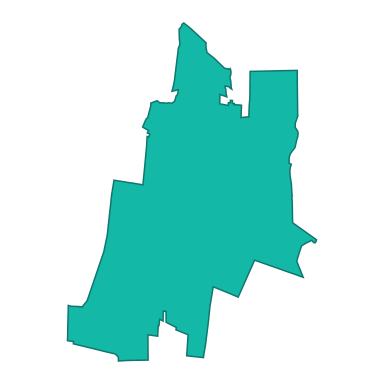 the district of Muna, Yucatán, Mexico
{"feature_id": "50627088B11927657665908", "entity_name": "Muna", "entity_type": "district", "adm_level": 2, "iso_a3": "MEX", "parent_name": "Mexico", "parent_adm1": "Yucatán", "projection": "equal_earth", "projection_center": [-89.733, 20.466], "detail": "fine", "context": "isolated", "style": "filled", "palette": "teal", "viewbox_px": 384, "rotation_deg": 0, "n_neighbors": 0, "source": "geoboundaries", "source_scale": "gbopen_adm2", "svg_char_len": 3198}
<svg xmlns="http://www.w3.org/2000/svg" viewBox="0 0 384 384"><path d="M205.5,345.0L205.5,344.9L208.3,322.5L209.9,306.7L213.2,286.9L215.1,287.6L225.3,291.7L238.2,297.1L254.6,260.2L288.5,272.1L303.2,277.3L296.8,261.4L297.1,259.8L299.2,252.9L301.6,245.8L305.9,243.2L311.7,240.4L313.1,241.9L314.1,242.8L315.4,242.6L316.3,240.8L316.4,240.3L316.5,239.8L292.7,222.8L292.6,222.6L292.6,222.4L292.3,204.1L292.3,203.6L291.9,196.6L292.3,195.8L292.0,194.7L291.4,184.1L290.1,175.8L289.9,170.3L290.2,168.0L291.3,164.2L289.0,163.2L289.2,160.3L289.1,158.8L289.5,156.3L289.8,155.1L290.8,153.2L292.2,151.1L294.8,147.9L295.2,146.7L296.7,140.0L297.3,138.1L297.7,136.6L297.9,135.6L298.1,133.6L297.8,131.4L297.1,130.2L295.1,127.2L295.3,125.6L295.3,125.0L295.2,123.8L295.2,123.5L297.9,115.7L297.7,115.6L297.4,90.6L297.2,70.4L280.7,70.7L269.5,71.0L267.7,71.0L255.1,71.3L250.1,71.4L249.9,94.7L249.8,98.1L249.3,104.6L249.1,107.5L249.1,109.4L249.0,110.7L249.0,111.4L249.0,112.7L248.9,114.3L248.9,115.6L248.8,116.8L241.0,117.5L241.5,105.3L241.5,105.2L238.1,104.9L236.1,104.8L234.3,104.7L234.4,103.6L232.4,103.4L232.5,100.5L230.4,100.3L230.3,102.8L228.4,102.6L228.3,105.3L226.3,105.1L226.2,105.1L225.9,105.0L223.9,104.6L219.7,103.8L219.9,98.4L219.8,94.5L225.3,96.3L225.5,96.3L226.8,96.9L226.0,93.0L225.9,90.3L225.7,89.1L224.9,86.2L225.4,86.1L226.2,86.2L229.1,86.9L230.4,88.3L231.7,89.1L231.3,88.0L231.2,87.3L231.0,84.0L230.7,80.8L229.8,76.9L230.5,75.9L231.0,73.2L230.9,71.4L230.8,70.5L230.2,68.6L229.5,69.3L228.4,68.9L225.5,68.5L224.6,68.2L224.0,67.8L223.7,67.5L223.4,67.2L223.2,67.0L213.9,58.0L207.0,52.6L206.9,52.2L206.8,51.3L206.1,48.0L206.1,47.5L205.9,44.7L206.2,43.0L205.3,42.1L190.9,28.7L189.1,27.2L183.8,23.0L182.3,24.0L182.0,24.4L181.6,26.0L181.0,26.9L180.7,27.6L179.1,29.1L179.3,38.5L179.7,42.1L179.9,44.1L179.4,45.9L179.1,46.4L178.7,47.1L178.4,48.0L178.1,49.4L178.0,51.5L176.6,62.6L174.4,80.9L173.4,85.6L172.0,91.3L178.2,89.8L177.9,93.3L176.9,95.4L176.2,95.8L174.6,101.3L172.0,103.2L168.3,102.8L165.9,103.4L164.7,102.9L163.6,102.9L159.7,102.7L157.2,100.7L150.9,103.0L150.8,105.8L147.7,117.6L146.1,119.0L144.9,121.7L142.6,127.0L143.9,127.9L148.5,130.5L147.3,133.0L149.8,134.0L148.7,137.3L147.1,136.5L146.8,142.2L146.6,145.8L144.8,165.5L142.9,184.8L114.0,180.2L111.6,194.9L111.5,196.3L111.4,196.7L111.4,197.2L111.1,199.4L111.0,201.0L110.9,201.2L110.8,202.8L110.6,204.7L110.3,207.6L110.1,209.3L109.8,211.5L109.6,213.8L109.3,216.1L109.2,217.1L109.1,218.0L109.0,219.4L108.7,221.8L108.5,223.4L108.3,225.3L108.2,226.4L108.1,227.5L107.9,229.3L107.6,232.1L107.3,234.4L107.2,235.4L107.0,236.6L106.3,239.6L106.1,240.7L105.9,241.5L105.3,244.5L104.9,246.5L104.4,248.8L104.1,250.3L104.0,251.2L87.2,300.6L83.6,305.1L83.3,305.3L82.9,306.4L82.1,307.2L81.8,307.1L81.6,306.7L79.2,306.9L78.9,306.5L71.2,306.3L68.3,305.4L67.5,340.7L73.6,341.5L73.3,343.8L105.6,351.7L115.4,354.0L118.4,357.2L118.4,361.0L127.1,360.5L130.3,360.4L148.1,360.1L147.9,334.8L157.7,336.2L158.2,325.6L159.0,325.6L159.3,322.5L159.7,319.3L163.1,321.0L163.2,311.1L164.7,311.3L166.0,311.4L166.1,322.3L176.4,327.5L176.0,329.4L175.9,329.8L186.0,333.9L188.1,334.8L186.7,355.8L203.5,357.6L203.7,355.3L205.5,345.0Z" fill="#14b8a6" stroke="#0f766e" stroke-width="1.5"/></svg>